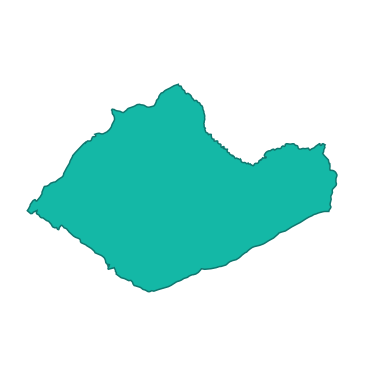 Silvania, Cundinamarca, Colombia, rotated 222°
{"feature_id": "7082276B74452941535479", "entity_name": "Silvania", "entity_type": "district", "adm_level": 2, "iso_a3": "COL", "parent_name": "Colombia", "parent_adm1": "Cundinamarca", "projection": "robinson", "projection_center": [-74.378, 4.431], "detail": "fine", "context": "isolated", "style": "filled", "palette": "teal", "viewbox_px": 384, "rotation_deg": 222, "n_neighbors": 0, "source": "geoboundaries", "source_scale": "gbopen_adm2", "svg_char_len": 6018}
<svg xmlns="http://www.w3.org/2000/svg" viewBox="0 0 384 384"><g transform="rotate(222 192 192)"><path d="M301.9,67.9L297.4,68.0L296.5,68.9L296.3,69.4L296.4,70.8L294.8,74.6L294.2,73.6L293.7,72.3L292.7,71.9L290.1,72.5L289.0,72.0L287.5,71.9L286.7,72.1L285.6,72.9L285.1,73.1L281.1,73.4L278.9,74.3L275.0,73.8L273.1,73.1L271.8,72.9L269.8,73.7L269.1,74.8L268.7,74.9L267.0,74.3L266.4,74.5L265.9,74.8L265.9,75.0L266.8,76.9L266.9,79.6L266.6,80.0L266.0,80.2L264.6,80.1L263.2,79.8L261.1,80.6L260.2,80.7L258.7,80.4L258.2,80.5L257.2,80.1L250.6,80.0L248.3,80.4L245.3,81.6L243.9,81.9L242.7,81.5L241.6,80.4L240.3,80.2L235.6,81.7L234.3,81.7L229.0,82.7L225.0,82.6L223.3,82.0L216.9,84.2L214.6,84.4L213.2,84.4L211.1,83.6L208.8,81.9L207.4,81.6L206.4,81.7L204.9,82.7L204.8,82.1L205.2,80.8L204.9,80.7L204.5,81.6L204.2,81.7L203.5,79.3L203.3,79.3L202.9,78.7L202.4,78.7L199.1,83.7L198.8,83.4L196.9,82.9L195.9,81.9L195.3,81.6L194.4,81.6L194.1,81.4L193.5,80.3L188.1,80.8L187.3,80.9L184.2,82.5L179.7,83.8L178.3,85.4L176.2,85.3L173.9,84.1L172.4,83.8L171.1,84.5L166.7,86.5L165.6,86.7L163.3,86.8L161.0,87.9L158.2,88.5L157.4,89.0L156.7,89.7L155.9,91.7L154.0,92.8L151.7,97.0L146.3,105.7L145.1,108.6L143.5,114.5L143.1,115.5L141.7,117.8L141.0,119.4L140.2,122.3L138.5,125.1L138.2,125.7L137.9,127.6L136.6,130.5L135.8,131.3L134.3,133.6L133.5,136.5L133.5,139.2L133.6,141.3L130.9,143.0L126.5,147.8L123.4,152.0L121.7,155.0L120.6,156.1L118.0,160.4L117.8,161.5L117.6,163.9L117.3,165.4L116.0,168.1L113.9,171.3L113.0,174.5L112.7,176.6L112.6,178.6L112.0,182.0L111.2,184.0L111.1,186.4L110.6,189.2L110.1,191.2L109.1,193.2L106.0,197.7L104.3,201.0L103.7,202.6L102.4,207.3L100.6,212.4L99.9,218.2L100.0,219.5L99.0,221.6L96.5,225.6L94.5,232.9L92.3,238.9L91.2,241.7L89.3,248.7L88.3,251.7L86.9,254.8L86.4,256.7L85.0,259.0L84.0,261.1L81.4,265.1L80.4,266.3L77.3,269.1L77.9,270.1L78.3,272.9L78.6,273.6L79.1,274.1L80.2,274.5L81.3,275.3L83.7,279.7L85.3,281.0L86.2,282.0L86.6,283.9L87.4,285.8L88.7,286.8L89.4,288.0L89.3,291.8L89.4,293.4L89.6,293.9L90.2,294.8L91.7,295.7L94.0,298.3L95.2,301.1L96.2,302.0L97.4,302.3L98.1,302.7L99.5,302.8L100.8,302.6L101.8,302.2L102.8,301.5L103.6,300.7L104.1,300.7L104.5,301.1L105.0,301.3L106.7,303.5L108.4,305.1L108.6,304.7L108.9,304.8L109.3,305.3L110.1,305.5L112.1,307.1L118.4,307.6L120.6,308.1L120.8,308.6L121.0,309.8L122.4,311.7L122.9,313.7L123.1,314.1L124.3,314.8L124.5,315.2L124.6,316.1L126.9,315.6L127.4,314.9L127.1,313.6L127.4,312.8L128.2,312.6L129.1,313.4L129.6,313.2L129.7,312.9L130.7,308.6L130.8,306.6L131.9,304.2L132.4,302.0L132.7,301.9L134.9,302.4L137.0,299.8L138.4,298.9L139.0,298.3L139.9,296.7L140.9,295.7L142.3,295.6L144.1,296.8L144.8,296.8L145.4,296.6L146.1,295.9L148.5,296.0L149.4,295.3L151.0,293.3L153.8,291.4L154.2,290.9L154.5,289.8L153.9,289.1L153.7,288.2L153.9,287.6L155.2,287.1L155.5,286.3L155.6,285.6L155.2,284.3L155.3,283.6L156.2,282.6L157.5,281.7L157.9,281.0L158.6,278.5L159.1,278.3L159.9,278.5L160.8,277.4L161.5,274.9L162.3,274.2L163.2,272.5L163.5,270.6L163.2,269.2L163.3,268.9L162.9,267.8L162.4,267.3L161.3,267.2L161.0,266.8L160.5,266.9L160.2,267.4L159.9,267.1L160.2,266.4L161.2,265.7L161.6,264.9L162.2,264.8L162.2,264.3L162.3,264.3L162.1,262.8L162.1,261.8L162.2,261.6L162.6,261.9L163.0,260.2L163.0,259.8L162.4,258.9L162.3,257.9L162.6,257.0L164.1,255.7L164.3,254.7L164.0,253.4L164.1,252.5L164.9,252.1L166.1,251.9L166.5,251.6L167.4,251.9L168.3,250.9L169.6,251.1L170.0,250.0L170.2,249.7L172.5,249.3L173.7,248.0L175.1,247.5L176.0,247.6L177.1,248.6L178.0,248.8L177.9,248.4L178.6,247.9L179.5,247.8L180.4,247.3L181.5,247.1L182.3,245.9L183.3,246.0L184.5,246.5L185.0,246.3L186.1,246.5L186.3,246.4L186.3,245.7L187.0,246.0L188.3,245.5L189.3,245.4L190.5,246.0L192.1,245.4L192.5,245.4L193.5,246.1L193.9,246.6L194.1,247.3L194.3,247.5L194.7,247.3L194.9,246.6L195.5,246.2L196.0,246.0L196.8,246.3L197.4,245.5L197.7,245.3L198.1,245.5L198.3,246.9L198.8,247.0L199.5,246.1L199.8,245.0L200.2,244.9L200.7,245.0L202.3,246.6L203.0,246.6L203.9,245.9L205.5,245.7L206.0,245.9L206.8,246.9L207.1,247.0L207.7,246.6L209.2,244.9L209.7,244.7L211.0,245.9L212.2,245.2L213.0,245.1L215.2,246.5L216.0,247.5L216.4,247.6L217.3,246.9L217.8,246.4L217.9,245.9L218.2,245.6L219.5,246.2L220.3,246.1L221.2,245.7L221.9,245.8L224.6,247.3L224.8,247.7L224.8,248.3L226.4,248.4L228.3,250.3L229.2,250.9L229.4,251.7L230.1,252.5L231.1,254.5L232.8,256.1L233.2,256.8L234.0,257.5L236.3,258.9L237.2,259.8L239.4,260.8L240.2,261.7L241.6,262.5L242.3,262.7L243.7,262.4L245.7,263.2L246.5,263.1L247.9,262.5L249.1,263.0L249.8,263.0L250.3,262.8L251.2,261.5L251.4,261.4L253.9,261.9L255.0,261.9L257.2,262.9L259.0,263.0L261.0,262.6L261.6,261.9L261.7,261.3L262.3,261.0L263.8,261.2L265.1,262.2L268.2,262.0L270.9,263.3L271.6,262.9L271.9,262.4L272.5,262.3L273.6,262.3L274.2,262.9L276.4,259.1L277.6,255.6L277.8,254.8L279.6,250.4L280.0,249.0L280.2,246.4L281.0,245.1L281.1,244.6L280.8,241.9L280.5,240.8L279.7,239.4L279.6,238.7L279.7,236.9L279.6,236.2L278.8,234.8L278.0,232.0L277.9,230.7L278.1,230.1L280.4,226.6L281.4,225.6L282.5,225.0L285.5,224.4L286.9,223.7L287.7,223.0L289.7,222.0L291.2,220.3L292.1,217.5L292.7,216.2L295.3,211.5L295.5,210.1L295.4,209.2L296.1,205.2L297.2,204.4L299.5,203.8L302.3,202.0L303.8,201.4L304.9,201.3L306.7,200.2L306.6,199.1L305.9,199.0L303.9,197.2L303.1,196.8L301.6,196.6L299.8,195.7L298.2,194.2L297.7,193.3L296.6,188.8L295.4,186.1L295.1,183.1L295.4,179.8L297.0,175.7L298.1,174.6L300.4,173.5L301.7,171.9L302.8,169.9L302.1,169.9L301.0,169.3L301.3,167.9L302.4,167.1L302.7,166.0L302.1,164.8L302.1,164.1L301.7,163.7L301.5,163.0L301.8,161.7L303.7,160.1L303.9,159.3L304.0,157.3L304.4,157.6L304.8,154.8L305.1,143.3L305.0,139.2L304.4,138.0L303.4,133.8L302.3,131.3L301.2,125.8L299.7,119.8L299.0,118.9L298.5,117.3L298.6,116.0L299.7,112.1L300.2,108.6L300.5,107.8L301.4,106.7L302.9,104.0L303.1,101.0L303.6,99.7L304.1,98.8L304.8,98.1L305.4,97.3L304.9,95.7L303.4,91.6L302.3,90.3L302.1,89.6L301.9,88.2L301.6,87.1L301.3,81.6L301.7,81.0L303.1,81.3L303.6,81.2L304.2,79.7L304.3,78.7L303.8,74.6L303.0,73.2L302.2,70.1L301.9,67.9Z" fill="#14b8a6" stroke="#0f766e" stroke-width="1.5"/></g></svg>